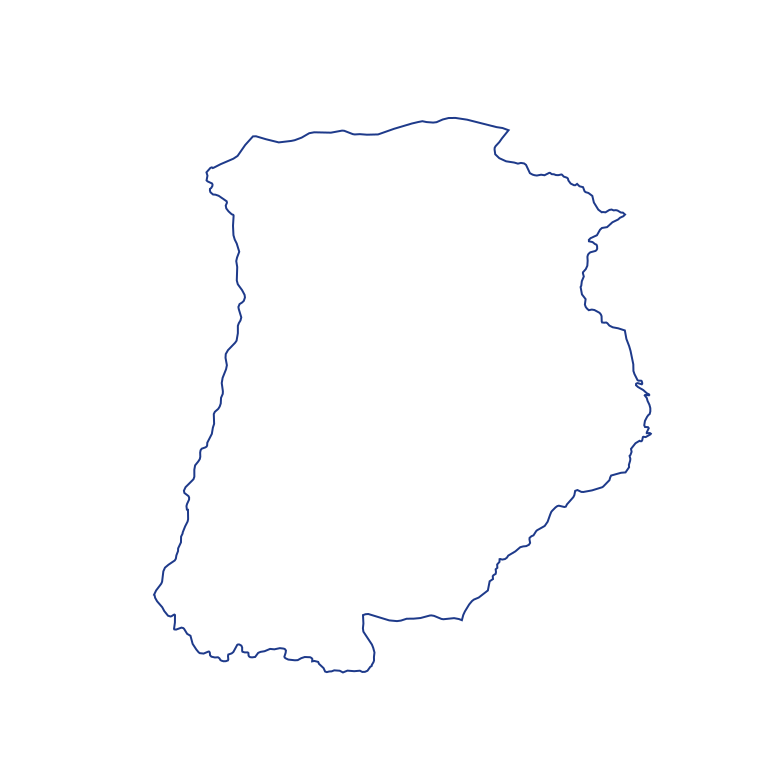 the district of Dosquebradas, Risaralda, Colombia, rotated 75°
{"feature_id": "7082276B1259376417396", "entity_name": "Dosquebradas", "entity_type": "district", "adm_level": 2, "iso_a3": "COL", "parent_name": "Colombia", "parent_adm1": "Risaralda", "projection": "mercator", "projection_center": [-75.67, 4.841], "detail": "fine", "context": "isolated", "style": "outline", "palette": "blue", "viewbox_px": 768, "rotation_deg": 75, "n_neighbors": 0, "source": "geoboundaries", "source_scale": "gbopen_adm2", "svg_char_len": 6165}
<svg xmlns="http://www.w3.org/2000/svg" viewBox="0 0 768 768"><g transform="rotate(75 384 384)"><path d="M528.1,660.7L528.5,660.3L531.3,660.4L535.2,659.4L542.2,656.0L546.5,655.0L551.9,652.6L553.3,650.4L553.3,649.3L552.5,646.8L552.5,646.1L553.1,645.7L560.3,647.7L566.2,650.2L566.8,650.0L567.4,648.4L566.9,642.7L567.8,641.1L568.7,640.5L574.4,638.8L577.1,636.1L585.5,636.1L591.9,634.0L595.2,632.5L596.3,631.6L597.7,628.0L597.0,622.8L597.3,622.1L598.3,621.8L601.1,622.2L602.7,621.3L604.4,618.1L605.0,615.1L606.3,614.0L608.4,613.4L609.3,612.4L610.3,610.7L610.8,608.5L610.6,606.3L609.8,605.7L606.4,605.1L605.0,604.4L604.8,600.9L603.9,598.9L598.0,593.3L597.8,592.5L598.2,591.1L599.8,589.5L601.8,589.2L605.1,590.1L606.0,590.0L607.2,588.0L608.0,585.1L608.7,584.6L611.3,585.1L612.3,584.8L613.2,584.0L613.9,582.2L614.3,579.1L611.2,575.2L611.0,574.2L610.8,572.5L611.2,568.5L610.4,562.6L611.9,558.6L612.2,552.9L613.5,549.7L614.2,548.5L616.0,547.7L618.2,548.6L621.6,550.8L622.6,550.7L623.6,549.9L625.4,547.8L627.8,541.6L628.4,538.8L627.4,534.9L627.2,531.2L628.8,526.1L629.9,524.9L631.2,524.4L633.3,525.2L633.5,522.9L635.4,519.5L637.5,519.2L642.8,515.9L646.5,515.3L647.5,513.8L647.5,511.4L648.0,509.0L647.7,506.2L649.5,501.0L652.0,498.3L651.4,493.5L653.7,487.1L654.7,481.5L656.5,479.5L657.1,476.9L656.7,474.2L653.7,470.5L653.1,468.8L652.1,468.4L650.0,466.2L648.5,465.2L645.2,464.4L640.9,462.7L636.1,462.7L632.6,463.1L617.9,468.0L614.5,467.6L610.1,465.9L601.8,464.1L601.6,461.4L602.1,458.7L613.7,440.1L616.4,432.8L616.9,428.9L616.6,422.8L618.3,416.3L619.5,409.3L619.5,399.5L619.8,398.1L620.9,395.7L625.8,389.3L626.6,387.5L628.3,376.9L630.4,372.5L632.3,369.9L627.6,367.2L624.6,364.7L619.0,358.8L616.5,355.3L615.5,353.0L614.8,347.8L610.3,337.1L601.9,333.0L600.6,329.2L597.8,328.7L597.0,327.7L596.3,325.3L594.6,324.5L591.9,324.1L590.9,322.1L587.6,321.4L585.7,318.5L583.1,317.7L583.1,317.1L584.2,315.2L584.4,312.4L583.6,310.3L581.9,308.4L579.7,300.5L576.9,294.6L576.9,291.6L577.4,288.6L576.8,285.6L575.3,284.0L571.7,283.7L570.3,283.2L569.2,281.0L568.9,278.8L565.5,275.1L564.9,274.0L562.7,265.5L559.4,261.6L553.3,257.4L550.9,255.6L550.0,254.4L547.6,250.3L546.8,248.2L546.8,246.6L549.5,241.6L549.5,240.1L547.6,238.4L542.3,230.4L540.6,228.9L536.7,227.0L536.5,224.6L539.3,221.3L539.9,219.4L540.6,210.6L540.2,200.0L539.8,198.8L535.2,191.1L532.8,189.7L531.2,188.3L531.1,178.0L531.9,173.6L527.8,168.8L525.5,168.4L521.8,166.1L520.0,165.4L517.0,165.4L516.3,164.3L513.6,162.4L510.6,162.2L506.3,156.4L505.0,151.9L505.6,151.3L505.9,150.0L505.1,149.1L502.3,147.7L502.1,147.1L503.0,145.0L501.6,139.6L501.1,139.1L500.2,139.9L499.5,142.9L498.7,142.7L495.2,139.7L494.0,140.2L493.1,143.0L491.2,143.3L487.2,141.5L483.8,138.4L482.5,136.8L481.7,135.1L479.3,133.8L476.2,133.0L472.7,133.0L468.5,133.8L465.6,133.8L462.5,135.1L462.2,134.7L462.4,133.9L463.5,131.0L463.2,130.6L462.6,130.7L461.0,132.5L457.0,135.1L452.7,139.4L450.4,140.9L449.0,140.4L448.8,139.6L448.8,138.7L451.0,135.1L450.7,134.6L449.9,134.3L448.0,134.3L447.4,134.7L446.6,137.4L445.9,138.1L439.2,139.5L436.0,139.7L429.5,138.1L415.9,137.3L410.9,137.4L403.2,138.2L394.6,137.5L390.8,143.4L388.4,148.4L385.9,151.2L383.1,152.5L382.1,153.5L381.8,155.4L381.0,157.4L379.9,157.5L374.8,156.3L373.0,156.5L371.0,157.4L367.0,161.6L365.9,164.0L365.7,167.1L363.7,168.4L361.8,169.2L359.3,169.4L354.2,167.3L348.7,169.6L341.2,169.0L340.1,168.0L335.9,166.3L331.9,163.2L328.4,163.2L327.6,162.9L325.2,159.3L322.4,157.0L317.7,155.4L313.8,154.6L312.2,153.7L311.2,152.7L310.2,150.7L310.2,145.3L309.8,144.3L308.6,143.1L306.0,142.5L304.4,142.7L303.4,144.0L300.9,145.8L299.2,149.1L297.8,148.8L296.6,146.7L295.4,139.8L290.9,135.4L289.7,133.1L290.2,127.9L286.9,121.5L285.7,115.3L284.5,113.0L283.9,109.4L282.7,107.3L280.3,108.9L279.7,110.8L276.9,113.5L276.1,115.0L275.7,117.3L274.4,119.0L274.2,121.2L275.5,125.6L274.5,128.2L274.5,129.2L271.0,131.9L263.0,134.3L256.2,134.1L252.4,137.1L250.8,139.7L249.6,140.4L245.4,140.8L243.6,144.0L240.7,145.7L241.5,147.8L241.1,149.1L238.7,151.8L235.2,153.2L233.1,153.2L232.0,154.0L230.2,156.7L227.9,157.9L227.5,158.5L227.4,161.5L226.7,163.8L225.4,165.6L224.7,167.7L223.1,168.9L222.8,169.7L223.9,174.9L222.5,178.1L222.2,182.4L221.3,184.5L220.2,186.3L218.1,188.5L209.1,190.1L207.2,191.6L205.9,194.5L205.8,197.6L203.8,200.9L200.5,208.4L195.7,214.2L190.9,217.1L186.0,216.5L184.4,215.9L183.1,214.6L180.2,210.0L177.2,206.4L171.1,198.0L167.4,203.3L165.0,208.8L150.2,235.3L145.5,246.1L143.8,252.8L143.7,258.8L144.7,265.5L144.2,268.9L142.0,275.1L140.1,278.9L139.8,283.1L139.6,289.7L140.1,308.2L141.4,325.1L138.8,335.9L136.4,342.7L135.4,347.6L134.6,349.4L129.1,356.9L128.4,358.9L127.5,370.2L122.8,386.3L122.4,391.3L124.7,399.8L125.4,407.2L125.2,410.7L123.4,423.1L117.0,434.7L111.6,443.5L110.9,446.5L117.2,456.2L125.8,466.4L127.4,471.2L129.4,485.0L130.9,492.0L131.1,493.5L130.2,494.2L130.3,495.7L133.6,500.7L137.1,500.6L141.4,502.7L142.6,502.0L145.8,498.2L146.9,498.0L148.3,498.5L149.9,500.1L150.5,501.6L152.2,502.1L153.9,502.0L156.7,500.1L157.5,497.8L159.4,495.0L166.8,488.7L168.3,488.8L170.7,490.7L173.6,490.9L177.0,489.5L180.6,487.2L181.6,485.8L182.5,485.7L192.1,488.9L201.3,490.9L205.8,490.8L210.2,489.9L218.8,489.6L223.8,493.2L227.0,494.9L233.0,495.5L245.9,499.4L249.8,499.4L256.6,496.8L261.8,495.6L264.4,495.9L267.4,497.9L268.6,500.1L269.4,502.8L271.9,504.7L273.9,504.9L282.7,504.6L285.5,506.2L287.7,508.5L290.0,510.1L297.1,512.0L304.0,515.2L305.6,517.1L310.9,525.9L314.1,529.1L317.7,530.3L325.2,530.9L328.8,532.7L336.3,538.3L341.1,540.5L349.3,541.5L351.8,542.3L355.2,545.0L360.5,546.7L363.2,548.5L365.1,550.5L367.1,554.6L369.0,556.2L378.5,558.4L381.9,560.6L387.6,563.2L395.0,569.9L397.5,570.7L398.5,571.5L399.0,572.9L399.3,576.8L400.5,578.3L402.6,579.3L406.8,580.3L408.9,581.4L410.8,583.5L413.7,587.5L417.7,589.4L424.5,591.2L426.7,592.7L432.3,602.4L435.3,604.9L437.6,605.0L441.6,601.9L443.2,601.6L445.2,602.2L448.9,605.3L450.8,606.4L454.3,606.9L454.7,605.9L463.9,608.2L466.0,609.3L470.0,612.9L475.2,616.8L476.4,617.3L478.9,619.5L484.4,621.1L489.5,625.4L492.1,626.2L495.8,628.9L498.9,630.3L500.3,631.8L502.8,639.0L504.7,643.1L507.8,645.6L517.5,649.5L519.2,650.8L524.4,657.5L528.1,660.7Z" fill="none" stroke="#1e3a8a" stroke-width="2"/></g></svg>